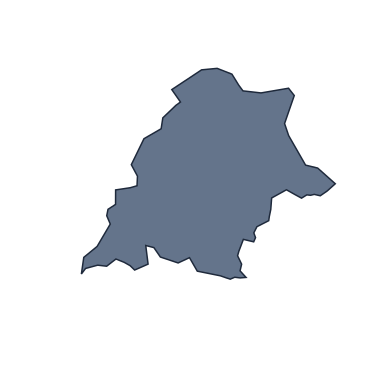 Tiranë, Tiranë, Albania, rotated 150°
{"feature_id": "67620474B90997304428465", "entity_name": "Tiranë", "entity_type": "district", "adm_level": 2, "iso_a3": "ALB", "parent_name": "Albania", "parent_adm1": "Tiranë", "projection": "natural_earth1", "projection_center": [19.888, 41.311], "detail": "fine", "context": "isolated", "style": "filled", "palette": "slate", "viewbox_px": 384, "rotation_deg": 150, "n_neighbors": 0, "source": "geoboundaries", "source_scale": "gbopen_adm2", "svg_char_len": 1080}
<svg xmlns="http://www.w3.org/2000/svg" viewBox="0 0 384 384"><g transform="rotate(150 192 192)"><path d="M187.9,91.0L189.8,99.7L185.1,104.7L184.4,114.0L181.0,117.3L171.2,125.3L163.5,118.0L159.8,120.7L158.9,125.7L153.1,129.5L139.9,128.8L137.3,132.1L132.5,137.5L126.0,147.0L109.1,146.7L104.0,138.1L100.2,131.9L94.0,132.1L91.0,129.9L87.3,128.8L82.8,124.6L74.3,125.3L63.8,127.5L71.2,149.9L80.2,158.5L80.1,192.5L77.6,205.0L55.2,224.4L56.5,233.6L82.7,243.3L97.3,254.1L98.1,261.1L98.5,274.1L108.4,286.5L122.6,293.0L158.3,290.8L157.0,275.7L162.6,275.1L180.2,270.8L187.1,262.2L206.9,262.2L230.9,246.0L231.3,233.0L236.5,224.9L243.4,226.6L257.1,232.0L264.4,219.5L273.4,219.0L277.7,214.1L278.8,205.1L301.4,192.3L318.4,189.5L328.8,176.3L322.4,179.0L310.3,175.8L303.0,170.4L291.4,172.0L285.9,165.0L282.4,159.1L280.7,153.1L266.1,151.5L258.8,168.8L252.8,162.9L251.9,151.5L239.5,137.5L227.0,136.4L227.0,120.8L209.3,105.2L205.0,100.2L203.4,98.5L202.5,97.4L200.7,97.2L197.6,96.8L193.9,94.0L193.2,93.5L192.3,93.1L191.1,92.5L187.9,91.0Z" fill="#64748b" stroke="#1e293b" stroke-width="1.5"/></g></svg>